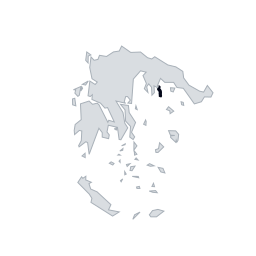 location of Ayion Oros within Greece, rotated 37°
{"feature_id": "GRC-2992", "entity_name": "Ayion Oros", "entity_type": "Autonomous Monastic State", "adm_level": 1, "iso_a3": "GRC", "parent_name": "Greece", "parent_adm1": "", "projection": "equal_earth", "projection_center": [24.14, 40.287], "detail": "fine", "context": "in_parent", "style": "filled", "palette": "ink", "viewbox_px": 256, "rotation_deg": 37, "n_neighbors": 0, "source": "natural_earth", "source_scale": "10m", "svg_char_len": 4233}
<svg xmlns="http://www.w3.org/2000/svg" viewBox="0 0 256 256"><g transform="rotate(37 128 128)"><path d="M165.8,46.3L174.7,48.7L175.6,53.4L170.3,57.2L170.8,62.9L166.5,68.8L148.3,63.0L142.7,66.2L137.0,64.1L129.9,69.4L124.1,68.8L126.0,76.6L132.2,78.8L134.6,83.1L126.8,78.1L123.4,78.7L127.8,83.9L127.4,87.4L122.3,81.3L118.0,80.3L118.1,83.8L122.5,87.6L117.4,86.8L115.9,81.4L108.4,77.1L108.9,72.5L103.6,74.8L102.8,85.7L116.1,106.3L112.9,108.1L113.1,104.3L108.7,103.2L107.2,104.3L108.0,106.4L109.5,109.8L111.3,109.6L102.2,113.7L114.7,118.7L122.6,126.1L127.7,128.0L129.4,141.7L127.8,142.5L119.2,133.8L110.6,137.6L113.6,143.8L117.2,144.8L118.9,148.2L112.9,150.8L110.2,147.2L104.9,145.7L112.8,172.4L104.6,164.0L102.6,164.3L100.3,172.5L99.2,171.8L98.3,166.2L92.9,158.2L90.6,159.2L89.3,165.4L86.5,162.3L83.7,157.0L85.6,149.5L75.5,137.3L80.7,129.9L85.4,130.4L88.5,126.7L90.8,126.9L108.5,135.6L108.0,133.4L113.4,131.4L99.4,124.0L97.6,126.0L91.1,124.7L82.0,126.9L79.5,122.9L78.9,125.6L76.7,126.3L69.3,113.5L75.6,113.0L75.8,109.8L69.6,110.3L61.0,102.7L55.7,93.5L60.2,94.3L62.7,91.3L61.5,87.1L67.8,83.8L70.6,76.0L74.7,71.8L73.6,66.4L84.7,66.0L92.3,59.8L101.3,60.1L105.4,58.6L106.5,55.0L121.8,53.7L129.4,50.4L137.7,49.8L142.3,54.5L150.9,57.1L163.0,55.5L166.8,53.8L165.8,46.3ZM125.5,194.9L131.4,193.4L130.3,195.9L134.9,199.2L141.7,197.6L160.5,199.5L161.7,205.1L171.5,200.3L168.7,207.6L143.2,209.7L141.5,205.9L136.9,204.1L120.7,201.7L120.3,194.9L122.2,195.4L123.4,191.9L125.5,194.9ZM114.8,109.8L119.7,115.0L130.7,119.0L133.4,129.3L138.7,131.1L139.0,134.1L134.9,134.2L129.1,125.2L121.9,123.9L114.7,115.3L107.7,113.6L114.8,109.8ZM172.3,102.6L175.4,107.9L175.5,109.8L173.8,108.7L174.8,110.7L167.8,109.9L166.8,108.6L169.8,105.8L166.2,108.2L162.0,105.7L167.8,101.6L172.3,102.6ZM199.7,185.2L197.3,184.5L197.3,179.2L200.9,175.0L206.7,172.8L204.2,181.8L199.7,185.2ZM166.7,129.4L165.0,130.7L163.0,128.8L164.8,126.1L162.1,120.8L167.9,121.6L166.7,129.4ZM65.4,123.2L69.4,131.2L68.9,132.9L64.6,132.1L63.3,129.0L61.4,130.3L65.4,123.2ZM57.0,100.1L53.5,99.4L49.3,92.1L54.4,92.0L52.9,94.5L57.0,100.1ZM154.4,87.0L153.0,91.2L151.0,89.1L147.6,90.1L147.6,86.6L154.4,87.0ZM180.2,139.2L184.5,141.7L180.7,143.3L175.8,141.3L180.2,139.2ZM142.4,72.0L140.0,72.8L137.7,70.3L141.4,67.9L142.4,72.0ZM67.6,136.3L73.0,141.7L69.8,142.8L66.2,138.2L67.6,136.3ZM156.9,159.7L155.2,160.7L153.5,157.2L156.5,154.2L156.9,159.7ZM145.9,136.9L146.0,142.1L141.2,135.6L145.9,136.9ZM188.2,187.9L186.8,198.0L185.5,193.3L188.2,187.9ZM68.3,119.2L65.3,120.6L68.0,114.3L68.3,119.2ZM111.6,177.4L108.1,178.0L108.9,174.0L111.6,177.4ZM182.9,165.6L187.7,161.4L190.3,162.1L186.6,164.4L182.9,165.6ZM165.7,146.1L166.7,143.5L171.6,142.5L168.9,145.1L165.7,146.1ZM151.1,155.3L150.5,159.2L148.7,158.1L151.1,155.3ZM150.9,143.6L149.6,145.7L146.7,142.5L150.9,143.6ZM140.7,115.1L138.2,115.6L137.2,111.0L138.6,111.9L140.7,115.1ZM158.9,76.4L156.8,77.1L154.6,75.1L156.7,74.3L158.9,76.4ZM138.2,164.7L138.1,166.7L134.3,167.4L134.9,165.2L138.2,164.7ZM166.5,161.3L160.5,164.1L165.3,160.5L166.5,161.3ZM135.7,143.1L133.6,146.1L135.3,142.3L135.7,143.1ZM155.3,147.5L152.4,148.9L152.5,147.0L155.3,147.5ZM173.9,169.1L171.5,170.9L170.3,170.0L172.2,167.8L173.9,169.1ZM184.5,158.9L182.3,160.3L181.6,156.8L184.5,158.9ZM137.2,149.0L135.3,151.3L136.3,147.4L137.2,149.0ZM67.9,123.7L68.0,126.9L66.5,123.0L67.9,123.7ZM154.3,165.9L153.6,167.3L151.6,164.8L154.3,165.9ZM124.3,107.8L122.3,108.2L121.0,105.5L124.3,107.8ZM120.1,136.4L118.5,137.0L117.7,136.3L118.9,134.9L120.1,136.4ZM138.1,154.3L136.2,155.7L136.5,154.4L138.1,154.3ZM154.4,171.8L154.9,175.1L153.7,174.6L154.4,171.8ZM142.4,160.2L140.8,159.9L140.9,158.4L142.4,160.2Z" fill="#d9dde1" stroke="#a8b0b8" stroke-width="1"/><path d="M128.4,77.4L128.6,77.3L128.6,77.0L128.5,76.7L128.2,76.3L128.4,76.1L128.2,75.9L128.6,75.9L128.9,76.3L129.3,77.3L129.6,77.5L129.9,77.9L130.3,78.1L130.7,77.9L130.9,78.0L131.4,78.2L131.6,78.2L131.8,78.3L132.0,78.9L132.1,79.0L132.6,79.0L133.2,79.7L134.2,81.2L135.3,82.3L135.5,83.0L134.9,83.4L134.1,83.6L133.8,83.5L133.7,83.2L133.6,82.8L133.3,82.5L133.0,82.3L132.7,82.1L132.2,81.4L131.9,80.7L131.4,80.0L130.7,79.7L129.2,79.4L128.7,79.2L128.4,79.0L128.5,78.8L128.5,78.4L128.5,78.0L128.5,77.4L128.4,77.4Z" fill="#0f172a" stroke="#020617" stroke-width="1.5"/></g></svg>